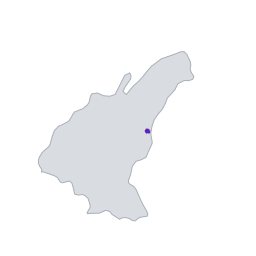 Bajos de Haina, San Cristóbal, Dominican Republic shown in context, rotated 301°
{"feature_id": "3306468B44390196227357", "entity_name": "Bajos de Haina", "entity_type": "district", "adm_level": 2, "iso_a3": "DOM", "parent_name": "Dominican Republic", "parent_adm1": "San Cristóbal", "projection": "orthographic", "projection_center": [-70.023, 18.434], "detail": "fine", "context": "in_parent", "style": "filled", "palette": "violet", "viewbox_px": 256, "rotation_deg": 301, "n_neighbors": 0, "source": "geoboundaries", "source_scale": "gbopen_adm2", "svg_char_len": 2438}
<svg xmlns="http://www.w3.org/2000/svg" viewBox="0 0 256 256"><g transform="rotate(301 128 128)"><path d="M45.4,167.7L45.7,158.8L47.1,155.2L45.9,151.3L40.2,147.2L36.8,141.9L33.7,137.3L34.4,136.6L40.6,136.4L42.8,134.8L47.0,130.1L47.9,126.2L47.6,123.4L44.9,119.9L43.9,116.2L47.3,113.1L51.7,108.5L52.3,106.7L52.2,104.9L47.2,100.0L46.8,97.9L49.3,92.6L49.1,89.1L46.8,78.1L45.7,76.5L48.0,75.6L49.5,72.4L51.5,69.5L54.2,67.9L57.1,67.0L63.1,67.1L71.2,69.7L73.6,69.7L81.5,67.4L88.0,66.2L94.1,67.7L96.6,69.6L101.7,72.8L104.2,73.8L112.2,73.7L114.4,74.0L121.1,79.2L126.8,81.3L130.1,81.4L136.0,79.4L138.9,79.5L142.3,83.9L143.0,90.2L145.8,96.0L150.1,99.7L171.4,98.1L176.1,101.1L174.5,103.6L171.5,105.0L161.4,104.4L157.0,104.7L156.1,107.2L156.1,109.5L162.0,110.1L167.8,111.2L173.7,113.1L179.7,114.3L186.5,115.1L193.2,116.4L204.4,120.9L216.7,131.1L220.1,133.5L222.3,136.7L221.3,140.7L216.9,147.2L214.4,149.4L210.8,150.7L208.3,153.4L206.0,158.0L204.5,158.4L202.8,158.2L199.8,155.6L197.6,151.7L191.7,148.0L184.6,148.5L174.1,146.3L167.8,147.4L161.5,147.7L155.1,146.6L148.6,146.2L142.1,147.6L135.8,150.0L133.5,151.5L129.4,155.2L127.3,156.6L112.0,158.5L107.6,155.7L103.5,152.0L97.6,151.4L89.1,154.3L83.7,155.3L81.5,156.5L80.9,158.0L80.8,163.2L79.6,166.3L71.2,178.3L66.4,186.7L64.5,189.3L62.2,189.8L58.2,184.9L55.6,183.1L52.3,182.2L51.0,179.6L51.1,176.0L50.2,172.4L48.3,169.6L45.4,167.7Z" fill="#d9dde1" stroke="#a8b0b8" stroke-width="1"/><path d="M135.1,149.1L135.1,148.9L135.2,148.7L135.3,148.7L135.4,148.4L135.4,148.2L135.5,148.2L135.6,147.9L135.8,147.9L135.7,147.8L135.8,147.8L135.8,147.7L135.7,147.7L135.8,147.5L135.8,147.4L135.9,147.5L136.0,147.7L136.2,147.4L136.3,147.4L136.4,147.2L136.5,147.1L136.9,147.0L136.9,146.9L136.9,146.7L136.8,146.4L136.9,146.2L137.0,146.2L137.1,145.9L136.8,145.7L136.7,145.7L136.7,145.4L136.4,145.4L136.2,145.4L136.3,145.2L136.5,145.0L136.5,144.9L136.5,144.7L136.4,144.5L136.2,144.5L136.1,144.8L136.0,145.0L135.9,145.2L135.8,145.3L135.7,145.3L135.4,145.3L135.3,145.2L135.2,145.1L135.1,144.9L135.0,144.7L134.9,144.5L134.9,144.4L134.7,144.4L134.4,144.6L134.2,144.7L134.1,144.8L134.0,145.0L133.9,145.3L134.0,145.3L134.0,145.5L134.0,145.8L133.8,146.0L133.6,146.0L133.4,146.2L133.4,146.3L133.5,146.4L133.5,146.5L133.9,146.7L134.1,146.8L134.3,146.9L134.3,147.0L134.5,147.2L134.5,147.3L134.5,147.5L134.5,148.0L134.7,148.3L134.9,148.5L135.0,148.7L135.0,148.9L135.1,149.1Z" fill="#8b5cf6" stroke="#5b21b6" stroke-width="1.5"/></g></svg>